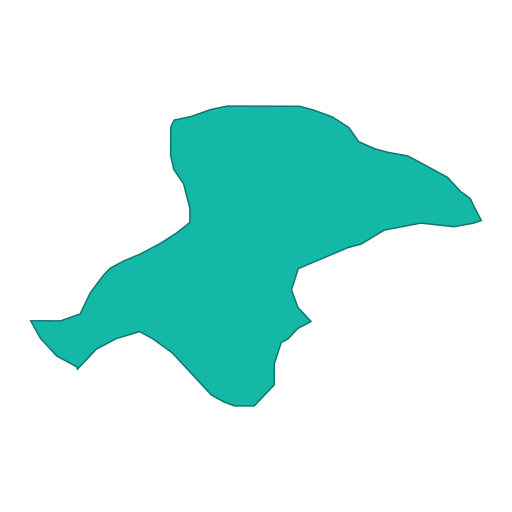 Unsan, P'yŏngan-namdo, North Korea (Mercator projection)
{"feature_id": "82179303B62623868631396", "entity_name": "Unsan", "entity_type": "district", "adm_level": 2, "iso_a3": "PRK", "parent_name": "North Korea", "parent_adm1": "P'yŏngan-namdo", "projection": "mercator", "projection_center": [126.152, 39.43], "detail": "fine", "context": "isolated", "style": "filled", "palette": "teal", "viewbox_px": 512, "rotation_deg": 0, "n_neighbors": 0, "source": "geoboundaries", "source_scale": "gbopen_adm2", "svg_char_len": 974}
<svg xmlns="http://www.w3.org/2000/svg" viewBox="0 0 512 512"><path d="M174.2,120.1L170.8,127.1L170.7,144.8L170.6,155.4L173.8,169.5L183.5,183.6L189.9,208.4L189.8,222.5L176.5,233.0L160.0,243.6L140.1,254.1L123.5,261.1L110.3,268.1L103.6,275.1L90.3,292.7L80.2,313.9L60.4,320.9L43.9,320.8L30.7,320.8L40.5,338.4L56.8,356.1L76.5,366.7L77.4,369.2L96.4,349.1L116.3,338.6L139.5,331.6L152.6,338.7L172.3,352.9L188.6,370.5L198.4,381.1L211.5,395.2L224.6,402.3L234.5,405.9L254.3,405.9L274.2,384.9L274.4,363.7L281.2,342.6L287.8,339.1L297.8,328.5L311.0,321.5L297.9,307.4L291.5,289.8L298.3,268.6L314.8,261.6L331.4,254.6L347.9,247.6L361.1,244.1L384.3,230.1L420.7,223.1L453.6,226.7L473.4,223.2L481.3,220.5L473.6,205.6L470.3,198.5L460.5,191.4L447.4,177.3L427.7,166.6L408.0,156.0L388.3,152.4L375.1,148.9L358.7,141.7L348.9,127.6L332.5,117.0L312.8,109.8L299.6,106.3L276.5,106.2L243.5,106.1L227.1,106.1L210.5,109.6L190.7,116.6L174.2,120.1Z" fill="#14b8a6" stroke="#0f766e" stroke-width="1.5"/></svg>